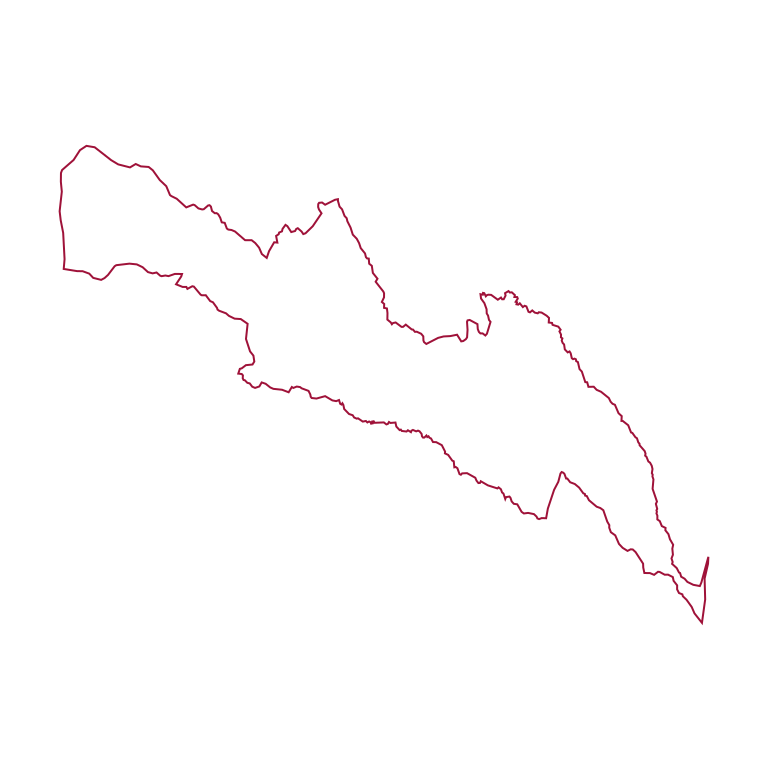 Kigumo, Central, Kenya (Equal Earth projection), rotated 182°
{"feature_id": "3690345B17600682902163", "entity_name": "Kigumo", "entity_type": "district", "adm_level": 2, "iso_a3": "KEN", "parent_name": "Kenya", "parent_adm1": "Central", "projection": "equal_earth", "projection_center": [36.915, -0.774], "detail": "fine", "context": "isolated", "style": "outline", "palette": "rose", "viewbox_px": 768, "rotation_deg": 182, "n_neighbors": 0, "source": "geoboundaries", "source_scale": "gbopen_adm2", "svg_char_len": 6130}
<svg xmlns="http://www.w3.org/2000/svg" viewBox="0 0 768 768"><g transform="rotate(182 384 384)"><path d="M290.7,477.1L290.0,472.8L286.5,468.3L284.1,462.3L283.8,458.1L282.4,456.0L281.3,451.7L279.7,449.8L282.9,437.8L284.4,436.0L287.2,438.0L289.4,437.9L291.0,439.4L292.2,442.2L292.7,447.1L300.6,451.0L302.7,450.5L303.2,449.1L302.4,441.0L302.6,433.5L303.7,431.7L306.3,429.7L308.3,429.3L312.7,435.8L319.4,434.2L326.1,433.6L331.5,432.0L343.1,425.5L345.4,427.2L346.1,428.8L346.4,433.0L348.6,435.5L353.1,437.4L354.9,437.2L356.9,439.4L358.2,439.5L364.3,444.1L366.9,441.8L368.5,441.7L374.5,445.9L377.2,445.2L378.2,444.0L379.4,445.8L382.9,448.5L383.0,455.0L383.7,459.6L386.6,460.1L386.6,464.0L389.0,465.9L387.0,470.6L387.1,474.7L387.9,476.4L395.9,485.9L394.2,489.0L399.0,494.6L400.3,501.7L403.0,503.7L403.6,508.8L405.3,508.9L406.5,510.2L407.5,513.8L412.0,519.0L413.8,523.9L416.3,528.2L420.4,532.2L422.9,539.2L426.3,545.4L427.1,548.4L429.3,550.6L432.0,557.1L434.6,559.7L436.4,565.3L436.5,567.1L439.4,566.4L449.1,561.1L452.2,563.2L455.2,562.8L456.0,561.5L456.0,558.6L455.1,556.2L452.4,552.4L460.7,539.2L467.7,531.9L469.9,531.0L471.7,533.5L475.6,536.7L477.1,535.9L478.2,533.8L482.0,532.6L486.1,538.4L488.0,539.6L490.8,535.5L491.3,533.0L494.1,531.7L494.5,530.0L497.0,528.2L495.5,521.6L498.7,521.8L503.5,512.8L505.6,505.9L510.6,509.6L513.6,515.9L517.6,520.4L521.3,523.1L527.9,522.9L538.2,531.2L541.8,532.6L545.0,532.9L546.5,533.9L548.8,539.5L551.8,539.9L553.5,544.5L555.6,547.8L557.2,548.9L559.1,548.8L561.9,550.9L563.2,555.3L564.6,556.6L566.0,556.3L570.2,552.4L571.8,552.1L575.6,553.0L579.5,556.2L581.0,556.6L587.8,553.6L597.6,561.9L603.1,564.4L604.5,565.4L608.5,574.1L615.2,580.0L622.5,589.5L626.8,592.7L634.6,593.0L639.8,595.2L645.4,591.6L657.3,594.2L664.5,598.2L681.4,610.5L689.7,611.6L696.0,607.1L702.0,597.1L713.2,586.6L714.2,583.6L714.0,574.8L712.7,565.0L714.2,545.3L712.8,536.3L709.9,523.8L707.6,497.6L708.1,487.8L694.7,486.1L689.1,486.2L682.4,484.0L678.3,479.9L670.3,478.2L667.0,480.1L663.6,483.4L657.3,492.3L655.7,493.4L642.6,495.4L635.2,494.9L629.3,492.3L623.8,487.6L619.1,486.5L615.2,487.5L611.4,484.4L610.0,484.0L606.3,484.8L603.1,484.3L596.9,486.7L589.7,486.9L590.4,484.4L595.3,476.4L588.7,474.0L584.9,474.1L583.8,472.2L579.0,475.0L577.4,474.7L570.4,466.9L569.2,466.3L565.2,466.5L560.6,460.8L557.8,459.7L553.5,454.2L553.0,452.6L551.4,451.5L544.3,449.1L541.4,446.7L535.6,444.1L529.4,443.9L522.4,439.4L523.5,424.2L519.0,411.9L515.5,407.8L514.4,401.9L516.1,398.9L522.7,398.0L526.7,394.7L528.6,394.1L530.0,389.3L526.5,389.0L525.3,387.7L525.4,384.8L524.5,383.1L523.2,382.9L520.6,380.4L518.2,379.9L515.6,376.7L512.7,375.6L508.5,377.2L506.3,381.3L502.3,380.1L497.6,376.6L494.4,375.3L485.7,374.7L479.0,372.4L476.0,377.8L474.5,376.9L471.1,378.4L467.8,378.0L466.1,376.8L459.2,374.5L457.3,371.0L456.8,368.7L455.8,367.5L451.0,367.1L442.4,369.8L435.0,365.8L431.2,365.2L428.4,366.4L427.1,362.7L425.7,362.0L424.9,363.3L423.9,361.7L422.9,357.6L417.9,352.8L414.2,351.7L412.7,349.5L410.0,348.4L408.8,348.8L403.9,345.7L400.8,346.4L399.3,345.0L397.6,346.0L396.1,345.3L395.5,343.9L393.9,344.3L394.4,346.1L393.0,346.4L392.0,344.9L382.8,345.6L380.2,343.7L378.8,344.2L377.7,346.2L376.2,345.3L371.2,345.9L370.2,341.9L366.8,338.5L365.6,339.0L364.6,337.7L359.8,337.3L358.5,338.6L355.4,336.8L354.9,338.3L353.5,339.1L350.2,337.8L348.4,338.6L346.9,338.0L344.7,335.5L344.2,333.1L343.1,331.8L341.8,331.9L339.8,334.0L338.9,332.5L337.7,333.3L336.6,331.8L335.1,331.2L333.0,327.7L329.8,327.7L324.1,324.9L320.6,318.6L320.7,316.8L317.4,315.4L313.1,309.8L311.6,309.2L310.8,303.2L309.5,303.6L307.7,302.4L305.4,296.6L304.0,296.0L302.8,297.4L297.9,297.8L289.5,293.5L288.2,290.7L286.2,288.3L284.6,288.5L283.9,290.2L276.6,286.3L267.0,283.6L265.9,284.7L263.5,282.9L262.2,279.7L260.8,278.7L258.8,273.3L258.1,275.2L254.7,275.9L253.6,274.6L252.3,271.1L250.1,268.8L246.6,268.4L242.0,261.0L239.7,259.5L235.5,260.2L229.6,259.2L226.9,256.8L226.0,255.0L224.3,254.4L221.7,255.5L217.3,255.5L215.9,265.2L210.3,284.2L206.4,292.3L204.5,300.7L203.4,302.2L201.6,301.5L200.5,300.4L198.7,295.9L197.5,295.9L194.5,292.3L189.8,290.7L185.4,287.3L181.0,281.7L179.4,281.1L179.1,279.5L177.4,279.1L175.1,275.0L167.2,268.8L163.5,267.6L160.4,265.5L156.1,254.3L153.9,250.8L153.9,248.3L152.1,243.8L147.6,240.8L143.6,232.4L139.8,228.6L134.8,225.7L131.7,227.4L129.6,227.3L126.7,224.8L118.8,213.5L118.5,209.6L117.2,204.2L111.6,204.3L107.4,202.7L103.6,205.9L102.0,205.8L96.8,203.2L93.5,203.4L88.6,201.1L87.7,197.4L84.0,193.0L83.9,189.0L81.9,185.4L78.5,184.2L77.9,182.3L74.1,178.9L68.7,171.9L65.7,165.6L57.9,156.4L55.5,179.9L56.8,200.7L53.9,215.6L53.8,222.6L59.9,196.7L61.3,193.1L67.9,194.1L73.9,196.8L76.8,199.9L80.3,201.8L81.5,205.4L82.6,205.9L85.0,210.2L89.8,214.3L89.3,216.2L90.6,219.7L89.3,223.4L90.1,229.5L89.4,233.4L92.8,238.8L94.5,243.9L97.7,247.6L97.6,250.0L101.4,251.7L103.6,256.6L106.1,258.2L106.2,262.0L107.2,264.2L106.8,265.8L107.3,267.3L106.6,268.7L108.1,273.7L107.1,276.0L111.9,288.6L111.4,298.1L112.5,301.0L112.3,302.7L113.2,304.2L112.7,308.4L113.6,311.7L115.4,314.7L117.1,315.8L119.2,320.5L120.5,321.5L120.2,323.5L121.1,326.0L126.4,331.7L126.6,333.3L127.8,334.5L129.3,338.6L130.9,339.6L134.1,343.8L135.4,344.2L138.5,351.3L144.1,355.4L145.4,355.4L145.3,360.2L148.6,363.0L152.5,371.3L154.9,372.2L156.9,374.2L158.8,377.8L166.8,383.8L171.3,385.6L174.3,388.6L179.6,388.3L181.0,392.8L182.9,392.9L186.7,403.3L189.1,405.7L191.0,412.7L192.7,413.5L193.1,415.4L194.5,416.0L195.9,415.4L197.2,416.3L198.5,421.2L199.7,423.0L201.5,422.0L204.5,424.9L205.4,429.8L206.9,431.3L207.9,433.6L207.3,435.8L208.8,436.8L208.8,439.6L210.5,442.7L209.4,444.4L211.8,447.4L217.6,449.0L218.2,450.9L221.5,451.2L221.4,455.8L223.8,457.9L229.0,460.9L231.8,461.1L232.8,460.0L235.8,460.6L238.4,462.7L240.6,460.7L242.1,461.2L244.4,466.5L246.2,467.1L247.9,465.7L251.1,469.4L252.6,468.0L254.4,468.3L253.9,470.3L255.3,470.7L253.3,474.0L253.9,475.5L256.7,475.5L256.3,477.4L259.5,480.1L261.4,479.8L262.8,481.2L266.2,479.0L265.6,476.6L267.3,472.9L268.9,472.8L270.1,474.5L273.2,472.2L280.0,476.8L282.8,476.9L284.3,476.4L285.3,475.2L287.0,478.3L288.2,478.5L288.4,476.7L290.7,477.1Z" fill="none" stroke="#9f1239" stroke-width="2"/></g></svg>